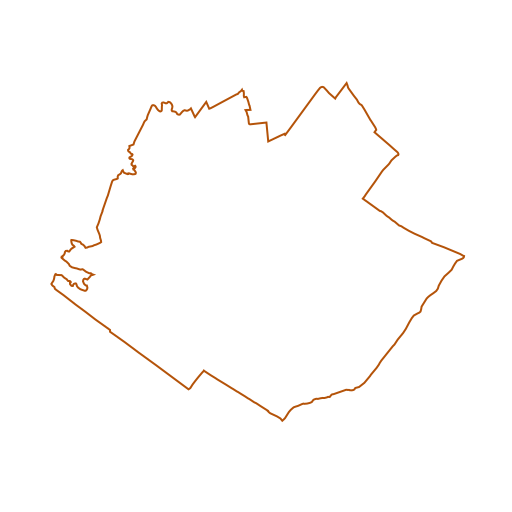 outline of Poiana, Dâmbovita, Romania, rotated 83°
{"feature_id": "2599482B93983600474327", "entity_name": "Poiana", "entity_type": "district", "adm_level": 2, "iso_a3": "ROU", "parent_name": "Romania", "parent_adm1": "Dâmbovita", "projection": "robinson", "projection_center": [25.674, 44.559], "detail": "fine", "context": "isolated", "style": "outline", "palette": "amber", "viewbox_px": 512, "rotation_deg": 83, "n_neighbors": 0, "source": "geoboundaries", "source_scale": "gbopen_adm2", "svg_char_len": 6061}
<svg xmlns="http://www.w3.org/2000/svg" viewBox="0 0 512 512"><g transform="rotate(83 256 256)"><path d="M380.1,339.2L379.1,337.3L375.8,334.6L372.5,331.4L368.8,327.6L365.3,323.8L363.7,321.9L363.4,321.7L364.2,320.9L368.8,315.5L372.3,311.1L373.7,309.5L380.0,301.5L384.3,296.2L385.1,295.1L388.1,291.5L388.9,290.3L390.4,288.5L393.9,284.1L396.4,281.2L397.2,280.0L401.0,275.6L402.1,273.8L403.7,271.9L405.1,270.3L411.0,263.1L411.2,263.3L412.5,262.3L413.3,261.6L413.9,260.9L417.7,254.8L420.2,251.6L420.5,251.4L422.7,250.0L421.4,248.1L420.4,246.9L414.9,242.4L412.9,240.2L410.8,237.1L410.3,235.0L409.9,232.6L408.5,228.1L408.3,226.9L408.6,226.2L408.7,223.3L408.4,220.7L408.1,219.4L407.5,218.1L406.6,217.4L406.1,216.9L405.5,215.9L405.1,214.0L405.1,213.1L405.4,212.0L405.1,209.6L405.0,207.3L405.3,205.4L405.0,203.0L404.6,201.7L404.9,200.1L404.5,199.5L403.9,199.1L403.0,198.0L402.6,197.3L402.6,196.0L402.4,195.0L400.0,183.9L399.8,183.0L399.9,182.0L400.1,181.5L400.3,179.8L400.7,179.2L401.0,177.2L400.9,176.0L400.8,175.5L400.4,174.6L399.1,173.5L398.6,169.7L395.1,163.9L389.1,157.5L387.8,156.4L381.8,150.0L378.8,147.3L377.2,146.2L375.0,144.3L362.2,131.2L360.8,129.4L356.2,125.5L350.3,119.3L346.5,116.1L340.6,112.0L336.6,108.9L334.3,106.6L332.7,102.7L332.1,100.8L331.2,99.5L329.1,98.6L326.4,97.8L319.0,91.8L317.5,89.9L316.2,87.8L314.5,84.5L312.7,81.4L310.6,79.5L307.7,78.2L303.0,74.8L299.2,71.4L296.0,66.8L293.5,63.5L290.4,61.4L287.8,59.4L285.3,57.1L283.8,51.7L283.2,50.5L282.4,49.8L281.4,49.5L281.1,50.2L278.9,53.1L270.2,68.4L264.5,79.5L264.1,79.9L263.4,80.1L262.7,80.6L258.7,87.0L257.5,88.7L253.2,95.9L249.7,101.1L246.0,106.0L244.2,108.1L243.4,109.7L243.2,110.2L238.8,114.2L237.8,115.6L236.6,116.9L233.9,119.3L232.8,120.7L231.7,121.8L228.2,124.7L226.6,126.7L226.5,127.4L225.9,128.1L212.1,143.0L209.8,140.7L208.3,139.5L196.4,128.5L187.5,120.7L186.0,119.2L181.5,113.5L180.4,112.3L179.3,111.4L177.5,109.8L174.6,105.8L173.7,104.4L173.3,103.5L173.2,102.6L172.5,102.2L172.0,102.2L170.7,102.6L169.8,103.3L167.5,105.4L161.8,110.4L147.6,123.3L146.5,122.3L145.5,121.3L144.7,121.4L142.8,122.0L135.3,125.6L135.1,125.8L123.9,130.5L119.6,132.5L119.0,132.9L117.8,134.5L116.2,135.6L113.1,136.8L108.8,139.4L101.0,143.7L100.0,144.1L97.8,144.4L95.4,145.0L108.1,157.3L109.4,158.2L103.2,163.7L100.6,165.4L96.9,168.1L96.4,168.9L96.2,169.8L96.4,170.9L96.9,171.9L99.3,174.4L102.3,177.3L132.8,205.9L139.5,212.3L139.1,212.7L138.2,212.8L139.5,217.1L143.8,229.9L124.8,229.4L124.6,245.9L124.1,246.7L123.8,246.8L123.2,246.9L116.7,246.8L115.3,247.3L111.8,247.8L109.9,248.6L109.9,247.5L110.3,243.7L105.8,244.1L105.2,244.4L102.0,244.8L97.8,245.7L96.9,246.2L97.0,248.4L95.6,248.6L93.9,248.3L92.6,248.2L90.8,248.2L90.5,249.1L90.1,249.6L89.3,249.7L90.5,250.9L91.5,252.8L93.0,254.4L93.2,255.7L99.3,271.4L102.7,280.1L103.8,283.1L104.1,284.5L97.0,286.6L110.8,299.6L110.4,299.8L101.6,302.6L102.3,303.4L103.4,306.1L103.3,307.5L102.9,308.3L102.6,309.0L103.0,310.4L104.0,311.8L106.3,314.3L106.4,315.1L106.0,316.2L105.5,316.9L104.4,317.3L103.6,317.8L103.0,318.6L102.4,320.2L102.1,321.5L101.3,321.9L100.2,321.8L98.8,321.1L97.1,320.7L95.6,321.0L94.3,321.6L92.8,322.8L92.3,324.3L92.8,324.8L93.5,325.9L93.5,326.9L92.8,328.1L92.3,329.2L92.4,330.4L93.2,331.0L95.0,330.9L96.1,331.2L98.9,331.6L100.2,331.9L100.7,332.5L100.9,333.5L100.1,334.6L99.1,335.5L97.4,336.5L96.2,337.0L94.8,337.8L94.2,338.5L93.7,339.8L93.9,340.7L94.7,341.4L97.7,343.1L102.9,346.2L104.7,347.0L107.1,347.9L108.6,350.0L109.8,350.9L110.0,351.0L111.9,352.1L127.5,362.7L130.4,364.0L131.4,368.3L132.8,368.3L133.7,368.5L134.5,369.2L135.0,370.0L135.8,370.1L136.6,369.8L137.1,369.3L137.5,368.6L139.0,367.8L139.4,367.4L139.8,366.4L140.3,366.2L140.9,366.5L141.7,367.2L142.7,369.5L143.3,369.8L144.0,369.5L144.3,369.1L144.8,367.3L145.4,366.5L146.0,366.2L147.0,366.6L147.8,367.3L149.4,368.4L150.4,368.3L150.9,367.6L152.3,366.8L151.7,365.0L152.2,364.7L152.9,364.6L153.9,365.4L154.0,366.6L154.4,367.3L155.3,367.1L155.5,366.4L156.7,365.9L157.5,365.4L158.7,365.1L159.7,365.5L159.9,366.0L160.0,367.1L159.9,368.5L159.3,370.2L158.6,371.6L158.4,372.6L159.1,372.8L159.1,373.5L158.5,374.6L157.3,376.8L155.9,377.5L154.6,377.8L155.0,378.5L155.8,379.1L157.5,380.0L158.1,380.9L159.1,383.0L160.3,383.6L162.2,383.8L162.6,384.8L163.0,387.7L163.5,388.9L164.5,389.7L168.6,391.6L178.0,395.7L180.3,397.0L192.2,402.8L192.4,402.7L193.1,403.0L197.6,405.4L200.7,406.6L204.5,408.4L208.1,410.5L210.6,410.1L215.3,408.8L216.9,408.5L219.0,408.5L221.7,408.0L223.3,408.0L223.8,408.9L224.4,410.6L225.2,413.2L225.6,415.5L226.2,417.0L226.5,421.1L227.0,422.4L227.1,424.2L225.1,425.1L223.6,426.4L223.0,427.4L222.5,428.0L221.5,428.3L220.4,429.0L219.9,430.9L219.1,432.4L218.5,434.0L217.9,435.8L217.6,437.3L218.1,437.5L219.7,437.5L221.3,437.3L222.5,436.8L223.6,435.6L224.7,435.0L225.8,437.2L225.7,437.3L226.8,439.0L227.9,440.0L228.8,440.9L228.6,441.9L227.8,442.7L227.8,444.2L228.8,445.2L230.0,445.5L231.4,446.4L232.3,447.7L233.5,448.2L233.1,449.0L233.9,449.3L234.1,449.2L237.2,446.4L238.3,445.0L239.5,444.0L241.2,442.7L243.0,442.1L244.8,440.0L246.0,437.0L246.5,435.4L247.5,433.4L248.1,431.9L248.0,429.8L248.4,429.2L251.0,426.5L252.8,423.6L252.9,423.2L252.9,422.5L253.0,422.0L254.1,421.0L254.7,419.8L254.9,420.6L254.9,421.9L255.5,422.6L256.0,422.9L258.8,426.2L257.6,428.7L257.9,429.7L258.8,430.4L260.2,430.8L260.8,430.6L262.6,430.1L263.9,429.1L264.6,428.3L264.7,427.5L266.8,427.2L267.9,427.5L268.8,428.1L269.7,429.2L269.7,430.1L268.2,433.2L267.4,434.6L265.6,436.5L264.0,437.4L262.1,437.7L261.4,438.0L261.2,438.5L261.3,439.5L261.5,440.2L262.2,440.9L263.4,441.4L263.4,441.9L263.1,442.8L262.1,443.5L261.2,444.0L259.9,443.9L259.9,443.5L259.3,443.0L258.4,443.5L258.1,444.1L257.9,445.5L257.1,446.1L255.9,446.8L255.1,447.9L253.7,449.4L252.3,450.4L251.3,451.3L250.5,456.1L249.5,456.9L249.7,457.4L251.8,458.6L253.1,458.9L254.7,459.5L256.2,460.3L257.5,461.5L258.8,462.5L260.3,461.8L260.9,461.3L262.2,459.9L264.0,459.6L265.4,458.3L271.4,451.8L276.2,447.0L282.2,441.0L290.7,432.0L299.4,423.2L311.6,409.9L313.4,410.1L325.5,396.8L337.6,384.2L352.3,368.4L380.1,339.2Z" fill="none" stroke="#b45309" stroke-width="2"/></g></svg>